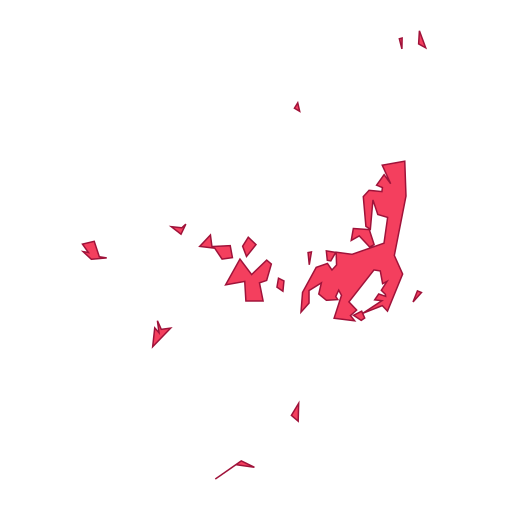 Dahlak, Semenawi Keyih Bahri, Eritrea, rotated 269°
{"feature_id": "51966322B75113483561318", "entity_name": "Dahlak", "entity_type": "district", "adm_level": 2, "iso_a3": "ERI", "parent_name": "Eritrea", "parent_adm1": "Semenawi Keyih Bahri", "projection": "mercator", "projection_center": [40.14, 15.965], "detail": "medium", "context": "isolated", "style": "filled", "palette": "rose", "viewbox_px": 512, "rotation_deg": 269, "n_neighbors": 0, "source": "geoboundaries", "source_scale": "gbopen_adm2", "svg_char_len": 1962}
<svg xmlns="http://www.w3.org/2000/svg" viewBox="0 0 512 512"><g transform="rotate(269 256 256)"><path d="M208.5,348.1L240.0,373.7L238.9,380.0L226.1,382.1L228.3,386.5L219.5,380.7L215.4,384.7L213.4,384.9L215.9,378.0L210.1,373.9L209.1,381.1L196.8,361.7L204.2,381.4L198.6,386.5L235.4,402.3L254.1,394.3L313.3,407.0L348.2,406.4L344.6,383.8L325.9,391.9L335.1,385.5L324.7,377.8L322.2,383.6L318.2,383.0L319.7,370.2L313.5,364.3L283.7,366.4L280.8,370.8L310.0,373.9L295.4,378.5L292.3,388.3L266.6,384.2L256.0,352.1L258.4,336.2L245.6,336.4L240.7,331.7L247.3,327.3L243.6,316.0L218.8,301.9L199.1,300.0L208.0,308.2L220.5,308.4L228.0,320.9L216.9,318.1L210.5,325.6L211.0,337.0L214.1,335.0L220.4,338.1L215.2,340.8L192.4,333.0L189.5,353.5L194.8,349.4L200.2,355.7L208.5,348.1ZM253.2,239.9L227.7,225.1L230.8,244.3L211.2,245.1L210.9,262.3L229.1,259.0L231.4,266.2L247.7,271.2L251.7,266.6L237.5,251.3L253.2,239.9ZM277.8,210.8L266.6,199.9L264.5,214.9L253.5,222.0L254.8,232.4L266.8,230.4L266.2,212.1L277.8,210.8ZM281.8,353.8L269.9,351.5L274.3,359.6L263.0,369.8L265.3,374.3L280.4,369.7L281.8,353.8ZM263.4,83.2L255.6,91.3L256.7,106.7L258.0,99.3L273.5,94.5L270.9,82.7L262.4,88.5L263.4,83.2ZM185.9,153.5L167.1,151.1L185.4,169.4L184.3,160.0L193.0,156.3L180.9,157.7L185.9,153.5ZM51.4,237.7L33.7,211.4L47.7,232.3L44.8,250.7L51.4,237.7ZM266.0,242.8L255.7,246.5L267.4,256.2L274.9,248.6L266.0,242.8ZM108.0,296.1L96.0,288.6L90.1,295.3L108.0,296.1ZM478.3,423.3L465.2,422.3L461.2,429.3L478.3,423.3ZM286.8,171.8L279.1,181.4L289.1,186.4L285.5,182.3L286.8,171.8ZM259.9,326.4L250.5,327.2L249.8,330.7L258.2,335.8L259.9,326.4ZM233.4,278.1L224.5,276.4L220.3,282.3L230.6,283.5L233.4,278.1ZM258.5,308.1L246.3,309.1L259.1,311.5L258.5,308.1ZM399.9,302.2L408.4,300.4L403.1,297.0L399.9,302.2ZM218.3,416.8L207.3,412.2L216.6,420.8L218.3,416.8ZM195.0,352.5L189.8,360.1L192.1,363.6L199.0,360.7L195.0,352.5ZM470.7,403.1L460.5,405.5L471.4,405.9L470.7,403.1Z" fill="#f43f5e" stroke="#9f1239" stroke-width="1.5"/></g></svg>